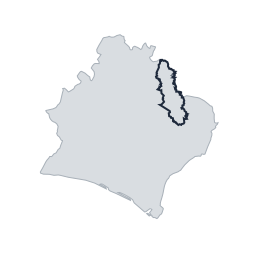 location of Tchologo, Savanes, Ivory Coast, rotated 31°
{"feature_id": "98640826B18937667882346", "entity_name": "Tchologo", "entity_type": "district", "adm_level": 2, "iso_a3": "CIV", "parent_name": "Ivory Coast", "parent_adm1": "Savanes", "projection": "mercator", "projection_center": [-4.919, 9.548], "detail": "medium", "context": "in_parent", "style": "outline", "palette": "slate", "viewbox_px": 256, "rotation_deg": 31, "n_neighbors": 0, "source": "geoboundaries", "source_scale": "gbopen_adm2", "svg_char_len": 5137}
<svg xmlns="http://www.w3.org/2000/svg" viewBox="0 0 256 256"><g transform="rotate(31 128 128)"><path d="M64.6,59.1L65.4,59.1L67.4,58.5L69.2,57.2L70.9,54.4L73.2,52.1L75.7,52.3L76.5,51.9L77.4,51.8L78.5,53.3L79.6,54.4L80.4,54.4L80.9,56.6L85.6,57.5L87.6,58.1L89.3,59.6L89.9,59.7L90.6,59.3L91.2,58.8L91.3,58.2L90.6,56.8L90.9,55.5L91.7,54.4L92.9,54.3L94.7,54.0L96.8,54.0L98.4,54.2L99.0,53.1L98.4,49.9L98.5,48.1L98.8,46.7L99.4,46.1L101.7,47.9L103.8,48.6L105.4,48.7L105.8,48.3L105.1,46.3L105.3,45.7L105.9,45.3L106.9,45.1L109.6,44.3L109.9,44.4L110.4,47.6L110.2,48.7L110.7,50.8L111.4,52.9L111.4,53.7L110.8,54.9L110.1,56.1L110.2,56.5L111.3,57.3L113.4,58.1L115.5,58.3L116.7,57.1L118.0,56.2L118.8,55.3L119.1,54.1L120.5,53.1L124.4,52.0L128.0,51.8L128.8,52.2L130.4,53.9L132.5,55.1L135.6,55.0L137.9,55.7L139.8,57.1L141.2,60.1L142.6,62.2L143.2,65.3L145.5,66.9L147.3,67.6L149.7,69.9L152.2,71.0L154.8,70.8L156.0,71.9L157.9,72.7L159.8,72.8L161.5,70.2L163.8,69.2L169.4,67.2L171.7,66.2L173.9,65.6L179.4,65.4L184.5,66.1L187.0,66.6L188.7,66.2L190.3,67.4L192.0,70.0L193.4,70.8L194.8,71.7L195.9,73.7L197.1,75.7L197.8,76.6L199.3,78.6L200.6,78.6L201.9,77.8L202.4,77.1L202.7,78.5L202.2,80.6L202.3,81.9L203.0,82.4L202.6,84.1L201.1,86.9L201.1,88.6L202.6,89.2L203.6,91.0L204.3,94.1L204.9,95.1L205.0,95.7L206.0,103.2L207.4,110.7L206.5,111.6L205.4,111.9L204.6,112.3L204.4,113.0L204.9,114.0L204.6,114.9L203.1,115.6L200.0,118.0L199.8,118.9L198.9,120.9L198.2,122.2L197.2,124.4L195.6,130.5L195.0,135.5L194.9,137.0L194.2,138.1L193.5,139.7L190.1,144.0L188.4,147.5L188.6,149.0L188.7,150.5L188.2,151.6L188.3,154.6L188.7,157.1L189.3,159.5L191.8,166.4L193.0,170.6L193.8,173.9L194.6,176.2L195.2,177.1L195.5,178.0L199.2,178.6L199.9,179.1L200.9,183.5L200.7,185.4L200.0,186.2L200.0,187.9L199.8,190.0L199.3,190.8L197.2,190.9L195.9,191.7L194.0,191.4L193.8,190.8L192.8,190.7L190.1,189.5L190.6,185.7L189.3,185.5L188.3,186.0L186.4,190.6L185.5,191.4L171.8,189.0L168.9,187.1L165.3,186.7L159.2,186.9L154.1,187.5L152.6,188.6L165.5,187.9L166.9,188.1L167.5,188.8L151.3,190.3L145.1,191.2L143.2,190.9L141.8,189.5L135.1,189.3L133.7,189.8L132.9,190.8L135.5,190.6L139.7,190.5L140.8,191.4L127.7,192.4L118.7,194.5L114.8,196.0L102.1,201.0L94.4,203.4L92.4,204.2L88.9,206.7L84.4,208.2L79.3,211.1L76.2,211.7L75.5,210.8L75.4,205.9L75.0,199.4L75.1,197.0L75.6,194.6L75.6,192.7L77.1,191.9L77.5,191.1L77.7,188.6L79.2,186.3L79.2,182.3L79.6,181.4L80.0,180.4L79.3,177.7L78.5,172.8L78.2,172.5L77.8,172.7L77.0,172.8L73.8,171.0L71.4,170.7L69.6,169.3L69.5,167.6L68.7,166.6L68.1,164.7L67.2,162.5L64.8,161.1L62.5,160.8L60.9,161.1L59.0,161.0L56.9,160.3L55.4,159.4L53.9,157.8L52.6,156.5L51.6,156.7L50.3,156.4L49.0,155.8L48.6,155.3L53.9,150.2L55.7,147.6L55.9,146.1L55.9,144.5L56.5,142.9L56.6,140.5L53.7,131.6L53.0,128.9L52.2,128.1L51.7,127.8L53.1,126.6L55.2,126.9L58.3,127.8L59.0,126.9L61.3,122.4L61.3,120.8L61.0,119.6L62.4,116.6L63.5,115.4L64.1,114.1L63.9,112.4L63.1,111.7L62.0,111.8L60.7,111.4L58.7,110.4L57.7,109.5L58.0,105.4L58.2,104.2L58.9,103.4L60.0,103.3L63.1,103.1L65.6,103.6L67.8,103.9L68.9,103.9L69.9,105.1L71.1,106.3L72.3,106.3L72.6,105.4L72.4,101.4L71.6,99.2L70.0,97.2L65.6,95.5L65.5,93.0L66.0,90.4L66.9,89.4L70.1,87.7L69.6,86.8L68.5,85.8L66.5,84.9L66.9,81.7L67.0,78.9L65.3,79.2L63.5,79.4L62.0,78.5L60.8,76.8L60.5,72.0L60.5,66.6L60.3,64.2L60.8,62.9L62.3,61.7L64.0,60.1L64.6,59.1ZM192.2,191.4L191.5,192.5L188.1,191.8L188.9,190.9L192.2,191.4Z" fill="#d9dde1" stroke="#a8b0b8" stroke-width="1"/><path d="M162.2,75.7L159.5,73.4L158.4,74.2L157.4,72.4L155.3,72.8L155.0,71.4L155.5,70.6L155.1,70.0L154.2,70.2L154.4,71.0L153.9,71.6L152.6,70.8L150.6,72.0L149.4,70.1L148.7,69.9L148.4,70.4L147.4,69.4L148.2,69.3L148.1,68.0L147.0,67.0L144.9,66.3L144.3,66.9L143.6,66.4L143.5,64.9L144.1,64.8L143.0,63.9L143.1,63.3L143.6,63.4L143.3,62.4L142.0,61.6L142.3,60.7L141.0,61.3L141.4,60.7L140.5,60.6L141.4,60.2L140.6,59.8L140.8,58.8L139.7,58.8L140.3,58.5L140.3,57.7L139.2,58.1L139.6,57.3L139.2,56.8L139.9,56.3L139.3,56.1L139.5,55.4L138.1,56.0L137.3,55.0L136.8,55.4L134.9,55.1L134.8,55.5L133.3,55.5L132.9,56.0L130.4,54.4L129.7,52.8L127.9,51.3L124.8,51.2L123.9,52.1L122.3,51.9L121.4,52.5L122.1,52.8L122.0,53.4L120.9,53.8L122.0,55.9L122.1,57.3L121.7,58.0L123.3,60.2L123.9,65.7L124.7,66.2L124.6,66.9L125.2,67.7L126.1,68.2L125.5,69.5L126.5,70.4L127.8,70.2L127.7,70.5L128.0,70.9L127.9,70.4L130.2,69.9L130.7,70.6L130.2,71.0L132.3,71.8L132.9,72.9L133.5,72.8L133.4,73.4L134.0,72.9L133.7,73.5L134.8,74.8L134.4,75.0L134.5,76.3L133.8,76.5L134.1,77.1L134.8,77.0L134.0,77.4L134.4,78.1L133.8,78.3L133.5,79.7L137.0,79.0L137.2,78.6L138.8,81.0L142.0,81.8L142.2,84.0L143.0,84.7L142.8,85.4L145.4,87.0L144.6,90.8L143.5,91.7L155.1,92.0L155.9,92.9L155.3,94.3L157.2,96.7L159.0,96.3L159.6,97.1L161.5,96.5L163.0,98.8L163.6,98.2L164.3,98.9L164.5,98.6L166.6,99.0L166.5,98.6L169.6,99.5L170.3,98.2L172.0,97.9L172.0,97.0L173.4,95.6L173.5,94.4L171.0,91.1L172.1,91.1L173.8,89.8L171.0,88.3L171.6,87.2L172.6,87.6L172.4,86.6L171.0,86.9L170.9,86.1L171.5,85.3L170.2,85.4L169.6,84.4L167.8,84.3L166.6,83.1L165.2,82.9L164.1,83.8L163.4,83.2L164.1,82.2L163.0,80.7L163.9,79.5L163.4,78.9L163.5,77.9L162.4,77.2L162.2,75.7Z" fill="none" stroke="#1e293b" stroke-width="2"/></g></svg>